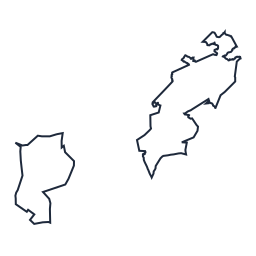 outline of Nejapa de Madero, Oaxaca, Mexico
{"feature_id": "50627088B21125637021022", "entity_name": "Nejapa de Madero", "entity_type": "district", "adm_level": 2, "iso_a3": "MEX", "parent_name": "Mexico", "parent_adm1": "Oaxaca", "projection": "mercator", "projection_center": [-95.677, 16.669], "detail": "fine", "context": "isolated", "style": "outline", "palette": "slate", "viewbox_px": 256, "rotation_deg": 0, "n_neighbors": 0, "source": "geoboundaries", "source_scale": "gbopen_adm2", "svg_char_len": 5538}
<svg xmlns="http://www.w3.org/2000/svg" viewBox="0 0 256 256"><path d="M224.7,32.1L224.2,32.8L223.9,32.9L223.3,33.1L223.2,33.5L223.1,33.8L222.7,34.3L222.0,34.7L219.7,37.0L219.3,37.1L218.4,37.1L217.9,37.0L217.2,36.9L216.7,36.7L216.5,36.3L216.2,35.7L216.1,35.4L215.7,34.6L215.1,33.7L214.7,32.9L214.1,32.5L213.5,32.4L213.1,32.3L212.3,32.2L202.7,41.8L205.8,42.0L206.2,42.6L206.8,43.2L207.0,43.5L207.1,43.8L207.3,44.5L207.4,45.1L207.8,45.2L208.4,45.1L208.9,45.3L209.2,45.3L209.4,45.3L209.7,45.1L210.0,44.8L210.3,44.4L210.6,44.3L210.8,44.2L211.3,44.2L211.6,44.2L211.8,44.0L212.0,43.8L212.3,43.6L212.7,43.7L213.4,44.0L213.8,44.1L214.0,44.0L214.2,43.8L214.3,43.6L214.3,42.8L214.5,42.7L214.8,43.6L215.0,44.3L215.3,44.7L216.1,44.9L216.4,45.0L217.3,45.2L217.7,45.5L218.0,45.8L218.1,46.1L218.1,46.6L218.1,47.6L218.0,48.0L218.0,48.4L217.7,49.0L217.3,49.3L217.2,49.2L216.9,49.1L216.8,49.3L216.6,49.3L216.3,49.2L214.6,49.9L214.5,50.2L214.5,50.7L214.5,51.3L214.8,51.5L216.1,52.5L216.5,52.8L217.0,53.1L217.1,53.4L217.1,53.7L216.9,54.0L216.7,54.5L216.6,54.9L216.3,55.1L215.1,54.8L214.6,54.8L214.2,54.7L213.7,54.4L213.1,54.2L195.9,61.8L195.7,61.7L195.4,61.6L195.2,61.3L195.1,61.1L194.9,61.3L194.0,61.1L193.3,61.0L193.4,60.5L193.4,60.3L193.3,60.1L193.6,59.9L193.7,59.7L193.5,59.4L193.6,59.2L193.2,58.4L193.3,58.2L193.3,57.8L193.4,57.6L193.2,57.6L192.9,57.5L191.5,58.2L191.4,58.3L191.2,58.8L190.9,58.8L190.7,58.4L190.4,58.0L188.9,56.9L187.4,56.6L186.5,55.8L185.3,55.3L184.7,56.2L184.3,56.6L184.0,57.4L183.6,58.0L183.0,58.5L182.0,59.3L181.7,60.0L182.9,60.8L183.6,61.6L184.3,61.4L184.8,61.8L185.4,62.3L186.2,62.7L186.7,62.9L186.8,63.0L187.1,63.0L187.3,63.2L187.5,63.3L187.5,63.6L188.1,63.8L188.2,64.0L188.4,64.0L188.6,64.1L188.9,64.4L189.0,64.8L172.3,72.4L172.0,73.0L172.3,74.1L172.1,74.6L171.7,74.7L171.6,75.2L171.6,75.9L171.8,76.4L171.4,77.0L171.4,77.4L171.7,78.3L172.2,79.0L172.1,79.9L172.4,80.1L172.3,80.8L172.6,80.9L172.6,81.4L164.7,89.8L153.0,102.0L153.4,102.2L153.9,102.1L154.2,102.2L154.5,102.3L155.0,102.4L155.0,102.6L154.1,102.7L153.9,102.7L153.1,103.0L152.8,103.2L152.5,103.5L152.4,104.0L152.8,104.9L153.2,105.3L153.4,105.9L153.5,106.1L153.6,106.5L153.9,106.7L154.1,106.7L155.3,106.3L155.6,106.4L156.0,106.3L156.3,106.1L156.4,105.9L156.5,105.5L156.3,104.9L156.2,104.7L156.2,104.2L156.2,103.8L156.4,103.6L156.7,103.4L156.9,103.2L157.2,103.0L157.6,102.9L157.9,102.8L158.0,102.9L157.9,103.6L157.9,103.8L158.2,104.2L158.2,104.4L158.4,104.5L158.6,104.7L158.8,104.7L159.2,105.0L160.0,105.4L160.4,105.5L158.7,112.5L150.3,115.2L150.5,126.3L151.0,128.6L149.5,130.3L144.5,135.1L137.0,140.0L139.3,150.8L145.1,151.1L145.2,151.4L145.4,151.9L145.5,152.1L145.4,152.5L145.0,152.6L144.9,152.9L144.8,154.0L144.7,154.1L144.2,154.1L143.8,153.8L143.6,153.7L143.1,154.0L142.9,154.3L142.9,154.5L143.3,154.7L143.3,155.0L143.2,155.3L142.9,155.8L142.9,156.3L143.1,156.7L143.7,157.6L143.8,159.8L144.0,160.4L144.7,162.1L146.8,166.4L147.3,167.6L147.7,168.9L148.3,170.0L149.7,173.6L151.5,177.0L151.7,177.5L153.5,173.6L153.7,171.4L154.8,169.8L155.5,168.5L155.7,166.0L160.5,158.3L162.2,156.6L163.3,155.9L168.0,155.3L170.8,154.7L173.6,154.4L178.7,153.4L181.2,153.2L186.1,154.5L185.6,151.9L185.4,149.9L186.8,142.6L181.8,142.3L193.6,137.4L197.5,130.8L198.0,126.6L196.6,125.1L192.1,118.4L190.6,118.7L188.3,117.3L188.2,116.3L189.0,115.5L189.1,115.2L188.8,115.0L186.0,114.6L184.8,114.4L184.2,113.5L185.1,113.4L187.7,111.5L189.3,110.8L189.8,110.7L190.4,110.3L190.7,110.3L192.3,109.2L208.2,99.2L208.5,99.0L208.6,99.3L208.5,99.5L209.1,100.8L208.8,101.0L206.0,103.5L208.8,103.2L209.0,102.9L209.2,102.6L209.8,102.5L210.4,102.9L210.7,103.1L211.1,103.2L211.6,103.2L211.8,103.3L212.1,103.6L212.3,103.9L212.6,104.2L212.8,104.4L212.9,104.7L213.0,105.3L213.2,105.7L213.4,105.9L214.2,106.2L214.5,106.4L214.7,106.7L215.1,107.8L215.5,107.9L215.7,107.4L220.6,95.2L224.8,91.9L227.6,89.1L235.2,81.5L235.2,77.4L234.8,76.5L236.8,61.6L239.6,58.9L240.6,58.5L240.6,58.4L240.5,58.0L240.0,57.5L239.7,57.0L239.8,56.8L239.4,56.7L239.2,56.7L237.8,57.0L237.6,56.9L237.3,56.7L236.7,56.8L236.4,57.0L235.5,57.4L235.5,57.7L235.3,58.3L234.7,58.3L234.2,58.9L233.9,59.1L233.7,59.5L233.3,59.6L232.9,59.6L232.7,59.3L232.6,59.2L232.4,59.1L231.7,59.5L231.4,59.6L231.0,59.6L230.8,59.7L230.0,59.4L229.9,59.9L228.9,60.4L228.5,60.4L228.3,60.1L228.0,59.8L227.3,59.2L226.5,58.9L226.3,58.8L226.0,58.7L225.8,58.6L225.2,58.0L225.0,57.7L224.8,57.4L224.5,57.1L224.2,56.9L223.7,56.8L222.9,56.5L223.1,56.2L223.3,56.2L223.6,56.1L224.2,55.8L224.5,55.5L225.2,55.6L225.8,55.5L226.2,55.1L226.4,54.8L226.9,54.1L227.2,53.7L227.3,53.4L227.5,53.1L227.7,52.8L228.0,52.6L228.6,52.3L229.3,52.3L230.5,52.0L231.1,51.8L231.9,50.8L232.2,50.2L232.4,50.0L232.2,49.7L232.7,48.9L233.1,48.6L233.5,48.4L234.1,48.4L234.3,48.2L234.4,47.8L234.7,47.6L235.0,47.5L235.2,47.4L235.1,47.2L235.4,46.9L235.8,47.0L236.1,46.9L235.8,46.4L235.8,46.2L236.0,46.1L236.6,46.2L231.2,36.3L230.8,36.4L230.5,36.4L230.2,36.0L230.0,35.8L229.7,35.6L229.3,35.5L228.9,35.5L228.2,35.2L227.4,34.9L226.3,34.8L225.9,34.5L225.7,34.2L225.0,33.6L224.8,33.2L224.7,32.4L224.7,32.1ZM62.7,133.1L57.4,134.1L56.2,134.4L49.9,136.3L41.7,136.3L37.8,135.7L27.5,145.0L25.9,145.0L22.5,145.5L15.4,142.7L20.7,146.9L20.3,151.3L20.8,160.5L21.7,168.7L22.5,175.6L17.7,190.1L16.2,192.6L15.4,195.7L15.7,198.4L15.8,204.2L26.8,211.8L28.1,209.8L34.3,214.4L30.0,219.9L34.2,223.9L42.8,222.3L48.4,222.0L50.2,222.7L49.9,209.0L50.4,203.2L49.2,198.8L43.0,192.0L60.0,186.3L65.3,184.5L68.5,178.8L73.9,165.6L74.0,161.1L65.1,152.2L63.8,145.8L61.7,147.5L61.6,140.9L62.7,133.1Z" fill="none" stroke="#1e293b" stroke-width="2"/></svg>